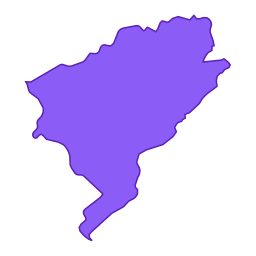 the border of Doubs
{"feature_id": "FRA-5287", "entity_name": "Doubs", "entity_type": "Metropolitan department", "adm_level": 1, "iso_a3": "FRA", "parent_name": "France", "parent_adm1": "", "projection": "albers", "projection_center": [6.359, 47.06], "detail": "fine", "context": "isolated", "style": "filled", "palette": "violet", "viewbox_px": 256, "rotation_deg": 0, "n_neighbors": 0, "source": "natural_earth", "source_scale": "10m", "svg_char_len": 2099}
<svg xmlns="http://www.w3.org/2000/svg" viewBox="0 0 256 256"><path d="M214.1,45.7L212.1,46.1L211.9,50.4L208.0,52.7L205.8,55.7L203.9,59.2L203.2,62.0L221.2,60.1L224.0,58.8L226.3,60.6L228.6,62.6L230.2,64.9L229.0,67.4L227.6,68.3L226.0,68.7L224.5,69.7L222.3,72.7L221.5,73.0L220.1,73.2L217.2,76.2L216.3,80.8L217.0,86.3L206.7,94.0L202.3,98.6L199.4,103.4L199.1,103.7L189.5,112.7L185.0,114.4L185.2,118.2L183.0,119.3L182.4,119.7L181.8,121.2L178.0,122.5L176.6,124.0L174.6,127.5L176.4,131.7L172.9,136.7L162.8,144.6L146.4,149.8L139.0,154.1L136.7,162.0L137.3,164.0L139.4,167.9L139.9,170.4L139.6,173.5L139.0,174.9L138.8,175.6L137.7,177.5L135.3,184.8L135.1,185.9L135.5,187.2L136.3,188.3L137.5,189.5L137.5,193.3L136.9,195.2L135.2,197.3L133.6,198.6L128.5,201.3L124.5,205.8L122.9,207.1L111.9,213.2L91.2,232.1L89.1,234.8L89.6,237.8L92.1,240.6L88.7,239.2L84.0,235.6L80.1,231.2L79.2,227.4L80.2,225.6L81.2,224.0L85.7,220.2L85.9,219.3L85.6,217.5L83.8,214.3L83.4,212.5L83.8,210.7L84.7,209.5L100.7,197.1L102.8,193.9L83.7,175.9L82.0,175.0L78.3,174.9L76.5,174.4L75.0,173.3L71.5,167.9L70.2,164.9L69.8,155.9L68.9,152.8L67.4,149.6L65.5,146.8L63.6,144.8L58.3,142.1L46.5,139.3L43.2,135.6L41.4,134.3L39.5,134.9L36.9,137.7L35.8,138.1L34.6,137.9L33.5,137.0L32.9,135.7L32.8,133.9L33.6,132.2L36.1,129.7L37.2,128.2L37.6,126.7L37.1,122.7L37.6,120.7L38.5,119.3L40.9,117.0L41.9,115.4L42.7,113.5L43.3,111.4L43.3,109.2L43.0,107.5L38.3,98.8L29.8,92.4L28.9,90.7L27.2,84.4L25.8,81.8L30.8,82.0L60.6,64.6L62.4,64.4L68.1,66.2L71.3,66.1L83.0,61.9L85.3,59.9L89.2,54.4L90.4,53.3L95.3,53.7L97.2,53.2L98.1,52.6L98.8,51.8L99.4,50.8L100.3,47.9L100.8,47.0L102.3,45.4L103.0,45.0L105.0,44.9L109.3,45.9L111.3,45.6L113.7,43.2L118.4,31.4L120.4,29.4L122.9,28.2L136.1,25.7L138.6,25.9L140.0,26.9L142.5,29.7L143.8,30.7L144.7,30.3L146.7,27.8L147.6,27.3L155.6,31.7L157.5,29.5L160.1,23.0L162.0,21.0L163.2,21.0L166.2,22.1L167.7,22.2L169.1,21.6L172.7,18.4L178.2,16.6L189.8,19.9L193.9,15.4L196.6,18.8L199.9,18.7L203.5,17.6L207.0,17.8L209.2,19.3L210.9,21.7L211.5,24.6L210.1,30.1L210.2,32.2L213.1,40.8L214.1,45.7Z" fill="#8b5cf6" stroke="#5b21b6" stroke-width="1.5"/></svg>